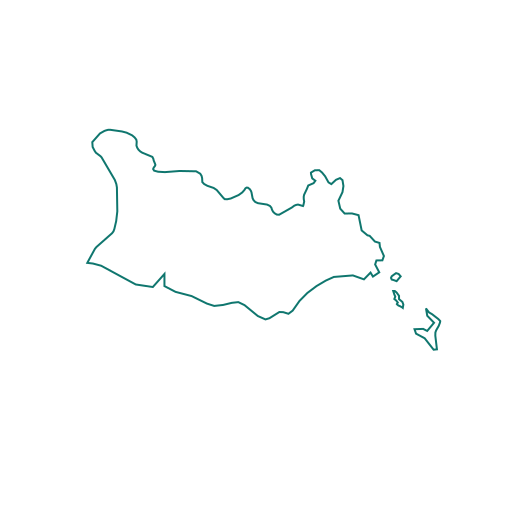 outline of Larnaca, rotated 40°
{"feature_id": "CYP-3463", "entity_name": "Larnaca", "entity_type": "District", "adm_level": 1, "iso_a3": "CYP", "parent_name": "Cyprus", "parent_adm1": "", "projection": "robinson", "projection_center": [33.519, 34.89], "detail": "fine", "context": "isolated", "style": "outline", "palette": "teal", "viewbox_px": 512, "rotation_deg": 40, "n_neighbors": 0, "source": "natural_earth", "source_scale": "10m", "svg_char_len": 2631}
<svg xmlns="http://www.w3.org/2000/svg" viewBox="0 0 512 512"><g transform="rotate(40 256 256)"><path d="M273.5,142.3L278.0,146.2L281.2,151.5L283.6,160.7L290.1,165.6L296.6,166.5L302.2,161.7L308.3,158.8L320.5,168.5L328.1,168.5L330.1,167.5L337.8,168.5L342.2,166.6L345.1,169.4L354.0,173.8L355.6,178.1L351.1,182.0L352.7,185.9L360.9,189.3L358.8,196.6L354.4,195.1L353.7,204.5L342.7,208.6L329.1,222.0L325.3,229.9L321.7,240.1L319.1,251.3L318.2,262.4L319.2,274.3L318.0,279.4L313.0,281.5L309.9,283.9L306.3,295.0L304.0,298.5L296.0,300.8L278.8,301.0L272.1,302.7L267.6,307.4L262.3,314.6L256.1,321.1L249.0,324.0L232.4,328.1L217.4,335.2L205.2,337.9L197.4,328.6L196.9,346.1L182.2,355.1L143.6,363.0L135.9,366.6L131.2,369.7L130.9,368.4L128.0,354.0L128.0,351.6L131.1,331.1L131.0,328.8L130.1,326.3L126.5,319.2L121.1,311.0L105.4,292.9L102.8,290.7L99.0,288.5L74.3,279.7L72.8,279.5L67.0,279.8L64.9,279.2L60.8,277.5L57.4,274.0L57.7,262.4L59.5,257.6L60.4,256.1L61.6,254.4L63.4,252.9L73.2,246.8L77.6,244.7L83.5,243.2L86.8,243.2L89.5,243.8L91.1,245.1L93.5,248.3L95.4,249.4L97.6,250.1L100.0,250.3L102.4,250.0L112.9,246.7L114.8,247.5L116.4,248.7L119.3,250.2L120.4,250.9L120.8,252.3L120.8,253.9L121.3,255.5L123.1,256.1L126.8,254.4L132.3,250.3L142.8,240.0L155.7,229.6L160.4,228.8L162.8,229.6L164.7,231.0L167.4,233.9L170.0,234.2L173.6,233.5L179.8,231.1L183.5,230.7L193.3,232.4L195.4,232.6L197.4,231.1L199.7,228.2L203.5,220.5L204.6,216.2L204.7,212.9L204.4,211.0L204.8,209.7L205.8,208.9L208.3,208.8L210.3,209.4L211.7,210.2L216.2,213.9L218.2,214.8L220.7,215.1L223.5,214.3L231.4,209.5L234.5,208.7L236.7,209.1L238.4,210.2L240.6,211.1L242.9,211.3L245.3,210.9L247.2,209.5L252.3,195.8L253.0,192.8L253.9,191.1L255.1,189.6L259.9,187.5L259.8,187.0L259.3,186.0L257.9,183.3L256.0,181.7L254.5,180.0L253.5,178.2L251.8,171.7L250.7,168.4L253.3,163.2L253.1,160.2L249.2,160.4L245.4,157.8L244.5,156.8L246.0,152.5L249.3,149.6L252.9,149.6L257.7,150.5L264.2,153.0L267.5,152.5L268.3,146.2L270.3,142.3L273.5,142.3ZM428.5,212.6L424.5,210.2L430.9,204.4L435.3,203.4L435.3,192.7L425.6,191.7L419.9,186.9L424.7,188.0L428.3,187.4L436.1,187.1L438.9,187.4L439.1,187.6L439.8,188.9L440.9,192.1L441.8,197.2L442.6,199.3L444.6,201.8L454.6,211.2L452.3,213.6L438.1,210.6L428.5,212.6ZM387.2,193.6L391.2,194.6L393.3,197.1L395.7,197.1L397.7,197.1L400.1,198.5L401.8,201.4L401.0,201.4L398.5,201.9L396.9,202.4L395.3,202.4L394.8,202.3L394.5,200.5L392.0,200.0L389.6,200.0L388.8,197.6L386.8,196.6L383.6,194.6L384.8,193.6L387.2,193.6ZM376.8,178.1L379.9,178.6L379.9,184.9L377.1,185.9L375.1,186.8L373.5,186.0L373.0,184.3L373.7,181.3L374.3,179.1L376.8,178.1Z" fill="none" stroke="#0f766e" stroke-width="2"/></g></svg>